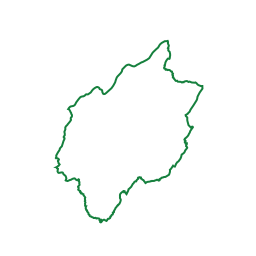 Filadelfia, Caldas, Colombia, rotated 32°
{"feature_id": "7082276B92854280853001", "entity_name": "Filadelfia", "entity_type": "district", "adm_level": 2, "iso_a3": "COL", "parent_name": "Colombia", "parent_adm1": "Caldas", "projection": "equal_earth", "projection_center": [-75.566, 5.29], "detail": "fine", "context": "isolated", "style": "outline", "palette": "green", "viewbox_px": 256, "rotation_deg": 32, "n_neighbors": 0, "source": "geoboundaries", "source_scale": "gbopen_adm2", "svg_char_len": 5858}
<svg xmlns="http://www.w3.org/2000/svg" viewBox="0 0 256 256"><g transform="rotate(32 128 128)"><path d="M170.0,86.5L171.1,84.3L171.2,82.9L171.5,82.2L171.6,81.3L171.3,79.3L171.5,74.4L171.5,68.1L171.2,66.6L170.4,64.7L170.3,63.9L170.0,59.8L170.3,55.2L168.8,53.0L167.6,53.8L165.0,54.3L163.9,54.2L162.3,53.7L161.1,53.6L160.6,54.2L158.0,55.6L155.7,56.0L154.9,56.9L153.4,56.9L152.6,57.3L151.3,58.6L151.1,58.9L151.0,59.7L150.2,59.9L149.7,60.8L148.3,60.9L145.7,62.3L145.1,62.2L144.6,61.9L143.6,62.7L143.0,62.6L141.4,61.9L140.9,61.9L140.5,61.5L140.1,61.5L139.8,61.1L139.2,61.3L139.0,61.0L138.4,59.7L137.7,59.6L137.4,59.4L137.3,59.0L137.5,58.5L137.4,58.1L136.1,57.7L135.4,56.9L134.5,57.2L133.5,56.9L132.6,56.8L132.0,57.1L131.6,57.2L130.7,58.0L129.8,57.8L129.2,58.6L128.9,58.6L128.3,58.0L127.3,58.3L126.7,57.9L126.4,56.1L126.2,55.5L125.7,55.4L125.7,54.3L125.0,52.6L124.8,50.5L125.0,48.1L125.4,47.8L126.3,47.5L126.5,47.4L126.5,47.1L126.2,46.1L125.8,45.7L125.5,44.5L124.5,42.9L122.9,41.3L121.4,41.0L120.9,40.7L120.1,39.1L119.5,39.1L119.3,37.4L118.9,36.4L117.1,35.2L116.4,33.9L115.8,33.3L115.5,33.1L114.6,34.0L113.2,34.9L111.5,38.0L110.9,39.9L110.8,41.3L110.9,43.0L110.8,44.3L110.3,45.7L109.3,49.6L109.0,51.1L109.0,57.5L108.0,59.9L105.4,64.4L104.7,65.1L103.2,68.0L102.2,69.6L101.5,71.3L100.7,72.4L99.8,72.9L98.8,73.2L95.3,73.7L94.5,74.3L93.8,75.2L93.4,75.8L93.0,77.2L92.1,81.3L92.7,82.8L92.8,83.8L92.7,85.5L91.8,89.8L91.7,91.1L92.2,93.6L92.9,96.1L93.1,100.0L92.9,103.0L90.9,110.0L90.3,111.4L89.6,112.0L88.7,112.1L87.3,111.2L86.1,109.8L85.3,109.6L83.4,110.0L82.4,109.3L81.5,109.2L80.4,109.4L79.6,110.0L78.6,111.8L78.0,113.5L77.7,115.1L77.6,117.5L76.6,119.9L76.3,120.6L75.8,121.0L74.7,121.6L74.5,121.9L74.1,123.6L73.4,124.8L72.7,125.3L71.7,126.3L71.2,127.3L70.8,130.0L70.5,133.7L70.7,135.9L70.6,137.0L70.0,138.2L67.9,140.2L67.6,140.9L67.3,142.3L67.3,143.6L67.9,143.4L68.6,143.6L70.3,144.5L71.2,145.2L71.7,145.3L72.6,146.2L73.5,146.6L74.0,147.3L74.4,148.2L74.1,149.3L74.2,149.9L74.7,150.8L75.1,151.0L75.4,151.4L75.4,153.1L74.9,156.8L74.9,157.6L74.5,159.2L74.5,160.7L75.6,162.4L76.1,165.0L77.2,166.1L78.2,167.6L78.2,168.0L78.1,169.4L78.3,169.8L78.6,170.1L79.5,170.2L79.8,170.6L80.0,171.3L80.2,173.2L81.6,178.6L81.2,180.4L81.1,181.6L81.5,182.4L81.6,183.4L81.5,185.5L81.7,189.3L82.5,190.4L82.7,191.7L83.0,191.8L83.6,191.3L84.6,191.0L86.0,191.2L86.2,191.5L85.9,192.7L86.0,193.1L86.4,193.5L87.2,193.9L87.8,194.7L89.3,195.1L89.2,196.7L88.9,197.2L88.2,199.0L88.0,199.3L88.3,199.2L89.1,199.8L90.2,199.7L91.2,202.1L92.3,202.8L93.0,202.8L93.4,202.5L95.3,200.8L96.1,200.4L96.9,200.7L97.8,201.4L100.3,201.7L101.4,202.4L102.5,203.5L102.9,205.5L103.2,205.5L103.7,205.3L104.7,205.1L105.3,204.4L106.1,203.1L107.0,202.2L107.9,200.5L109.1,199.2L109.8,199.0L111.4,199.4L112.3,199.3L112.8,199.0L113.0,198.5L113.1,197.9L113.2,197.7L113.7,197.7L113.9,197.8L114.6,199.4L115.5,199.6L116.2,201.1L116.6,201.3L116.9,201.7L117.1,202.2L117.0,202.8L116.7,203.9L116.7,204.2L116.9,204.5L117.8,204.8L118.3,205.7L118.4,206.6L118.7,206.8L119.7,206.9L120.7,206.7L121.2,207.7L121.5,207.7L121.7,207.3L121.9,207.3L122.5,208.3L122.9,208.4L123.2,208.4L123.6,207.8L124.7,207.9L125.3,207.8L125.6,208.4L128.6,209.6L128.9,210.9L130.1,212.1L130.1,212.9L131.3,213.6L131.6,214.9L132.4,215.8L132.8,216.7L133.7,216.8L134.0,216.6L134.2,217.6L134.9,218.8L135.4,219.0L135.9,219.6L136.8,219.5L137.5,220.1L137.6,220.5L139.3,220.9L139.8,221.4L140.0,221.9L140.7,222.2L141.4,222.1L141.6,222.4L142.2,222.9L143.1,222.9L143.9,222.5L144.7,222.7L145.7,222.4L146.6,222.5L147.5,221.9L147.8,221.5L148.4,221.3L149.1,221.5L150.1,220.6L151.7,220.1L152.3,220.5L152.7,221.2L152.9,221.1L153.8,220.0L154.2,220.1L154.5,221.1L154.4,221.3L153.9,221.6L153.9,222.1L154.2,222.5L154.8,222.5L155.2,222.1L155.5,219.5L156.1,218.6L156.7,218.3L157.8,218.4L159.0,218.2L159.2,217.2L159.0,216.6L159.2,215.6L159.7,215.3L160.0,215.0L160.1,214.4L160.5,214.0L160.4,213.0L160.0,212.7L160.0,212.2L160.4,211.5L160.2,210.7L160.3,210.1L160.8,209.6L160.8,209.2L160.5,208.1L160.1,207.8L160.4,207.5L160.3,206.9L160.6,206.7L160.5,206.4L160.1,206.2L160.0,203.3L159.8,202.2L160.1,201.3L160.0,200.2L160.4,199.4L160.2,198.8L160.6,198.4L160.5,197.9L160.9,196.8L160.6,194.6L160.0,192.8L159.3,192.2L158.7,192.0L158.2,191.5L157.3,190.0L156.8,189.3L156.5,188.6L156.4,187.7L156.7,186.3L157.6,183.8L158.3,183.5L158.5,184.4L158.8,184.6L159.9,183.9L160.4,183.9L161.1,184.7L161.8,184.9L161.4,181.1L160.9,179.6L161.2,178.9L161.9,176.1L161.7,172.8L161.9,172.5L162.0,172.0L162.0,170.3L162.5,169.3L163.1,169.1L163.2,168.9L163.0,167.6L163.2,166.7L163.5,165.9L162.9,165.1L162.9,164.7L163.8,163.7L164.0,163.8L164.4,163.7L164.7,163.3L165.2,163.1L165.4,163.3L165.6,164.0L166.6,163.9L167.7,164.2L168.7,164.0L170.1,164.7L170.8,164.8L171.8,165.4L172.1,165.4L172.2,164.8L172.9,163.5L175.0,161.8L175.5,161.0L175.9,160.8L176.4,160.1L177.0,159.9L178.3,158.9L178.8,158.0L179.3,157.6L179.9,156.6L180.5,156.3L181.6,156.4L182.0,156.3L182.4,155.7L181.9,155.3L181.8,155.0L182.1,154.6L182.1,154.2L182.5,153.9L182.5,153.4L183.0,152.5L183.1,152.0L183.8,151.5L184.5,150.5L185.7,149.6L187.5,146.0L187.5,145.5L186.9,143.2L186.3,142.0L185.7,141.3L186.1,139.7L186.2,136.2L186.7,136.4L188.2,135.9L188.0,134.2L187.8,133.2L187.8,132.3L187.9,130.8L188.2,130.3L188.5,129.4L188.7,126.1L188.4,124.4L187.6,122.1L188.4,120.2L188.7,119.1L188.7,118.3L188.4,116.6L188.6,115.3L188.7,113.4L188.1,112.9L186.8,112.6L186.5,111.8L186.5,110.8L186.0,109.7L185.7,109.8L185.5,110.0L185.5,110.7L185.2,110.8L184.6,110.3L183.7,110.0L183.5,109.7L183.5,109.4L183.8,108.9L183.8,108.5L182.9,108.1L182.3,108.2L182.0,108.0L181.9,106.9L182.4,105.5L182.9,103.5L183.0,102.0L182.8,100.8L182.8,99.1L182.4,97.6L182.5,95.9L181.9,93.5L181.9,92.9L182.2,92.9L182.6,93.2L182.6,92.9L182.2,92.7L181.7,92.9L181.5,93.1L181.1,94.3L177.8,93.5L174.5,90.4L173.8,89.5L172.8,87.8L172.2,87.5L170.7,87.2L170.0,86.5Z" fill="none" stroke="#15803d" stroke-width="2"/></g></svg>